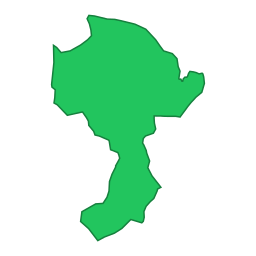 Ila, Osun, Nigeria
{"feature_id": "59680162B66079212084305", "entity_name": "Ila", "entity_type": "district", "adm_level": 2, "iso_a3": "NGA", "parent_name": "Nigeria", "parent_adm1": "Osun", "projection": "robinson", "projection_center": [4.917, 7.969], "detail": "fine", "context": "isolated", "style": "filled", "palette": "green", "viewbox_px": 256, "rotation_deg": 0, "n_neighbors": 0, "source": "geoboundaries", "source_scale": "gbopen_adm2", "svg_char_len": 1621}
<svg xmlns="http://www.w3.org/2000/svg" viewBox="0 0 256 256"><path d="M202.1,73.2L199.1,73.9L196.2,72.6L193.5,71.9L189.9,71.4L188.6,73.3L187.6,76.2L186.7,77.3L185.0,77.1L183.3,78.8L182.7,81.2L181.9,81.2L180.8,79.1L179.2,79.2L178.8,78.6L180.0,71.2L179.7,70.3L178.3,67.0L178.2,66.8L177.0,58.7L174.0,55.4L172.5,53.8L172.3,53.6L163.6,50.9L160.1,46.2L155.6,39.7L145.8,29.2L135.0,24.2L130.3,23.0L129.4,22.8L121.2,20.8L114.8,19.4L107.3,19.1L94.5,16.0L88.9,15.4L87.1,18.7L89.4,23.8L90.9,29.9L91.5,35.7L87.7,39.7L86.0,41.0L80.5,45.1L70.1,50.9L61.1,52.6L56.7,47.5L53.5,45.3L53.9,62.5L51.6,84.6L52.0,87.2L55.2,89.7L54.8,97.5L54.0,103.0L57.3,104.8L67.3,115.3L81.8,112.1L82.6,112.1L86.5,117.7L88.4,121.1L88.8,125.4L93.7,131.3L95.0,135.0L99.2,136.0L108.7,140.1L109.2,141.1L110.6,149.7L117.9,152.6L118.9,155.2L119.7,158.3L118.0,161.6L115.6,165.9L115.7,166.9L112.0,174.3L109.5,181.5L109.0,191.1L107.0,197.3L103.0,203.4L95.7,203.9L81.9,211.7L80.6,221.5L88.6,228.6L97.8,240.6L104.4,237.0L114.5,233.1L121.8,228.5L130.8,219.5L141.8,222.8L143.3,221.3L144.2,217.3L143.9,211.6L146.1,206.3L150.2,201.7L153.8,198.5L157.1,191.0L157.6,189.0L160.9,187.3L152.0,175.9L147.8,167.7L149.6,161.0L146.7,153.1L146.2,150.4L143.6,144.6L142.6,143.2L143.3,138.5L145.5,136.0L153.4,133.2L155.7,129.0L154.4,123.1L154.1,118.5L154.2,115.9L157.0,116.0L160.8,116.0L163.5,116.2L167.5,116.3L168.9,116.3L171.6,116.3L173.8,116.3L175.6,116.3L180.1,117.0L180.7,116.1L185.7,109.4L187.7,106.6L191.2,102.3L194.4,98.9L195.8,97.3L196.5,96.7L201.8,92.3L204.4,83.4L203.9,78.8L203.7,77.0L203.3,75.4L202.8,73.8L202.1,73.2Z" fill="#22c55e" stroke="#15803d" stroke-width="1.5"/></svg>